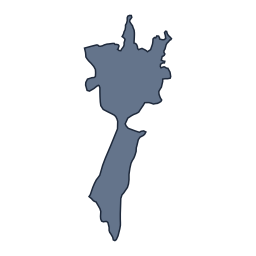 Kuching, Sarawak, Malaysia
{"feature_id": "92858781B71965080514918", "entity_name": "Kuching", "entity_type": "district", "adm_level": 2, "iso_a3": "MYS", "parent_name": "Malaysia", "parent_adm1": "Sarawak", "projection": "equal_earth", "projection_center": [110.334, 1.429], "detail": "fine", "context": "isolated", "style": "filled", "palette": "slate", "viewbox_px": 256, "rotation_deg": 0, "n_neighbors": 0, "source": "geoboundaries", "source_scale": "gbopen_adm2", "svg_char_len": 2968}
<svg xmlns="http://www.w3.org/2000/svg" viewBox="0 0 256 256"><path d="M85.6,85.1L86.7,89.0L87.1,90.4L89.5,91.1L93.8,88.6L96.8,86.2L98.3,85.3L99.1,85.7L99.9,87.8L99.9,91.9L100.0,96.5L100.3,102.0L100.8,105.7L103.2,109.4L107.4,111.6L112.0,113.9L114.2,115.1L115.7,116.5L116.9,118.8L117.7,121.4L117.5,128.9L110.6,145.9L105.4,158.1L102.7,165.2L99.8,175.2L98.3,177.3L96.3,179.9L94.5,183.4L92.8,187.4L90.3,194.7L89.0,196.6L91.6,198.7L92.4,199.7L93.5,200.8L94.8,201.5L96.1,202.0L96.9,203.4L97.9,205.1L99.9,208.6L100.8,211.4L100.5,216.4L100.7,218.9L101.6,221.1L103.4,221.8L105.1,221.5L106.6,221.5L107.9,222.5L109.1,227.4L109.1,230.4L109.7,232.3L111.0,234.2L112.7,237.2L113.3,239.9L114.9,240.6L116.0,239.8L116.3,239.6L118.0,235.9L118.8,232.8L119.8,228.8L120.4,225.3L120.4,222.2L120.3,219.2L120.3,213.8L120.8,198.5L122.0,194.8L123.7,192.9L125.2,190.7L126.3,189.1L127.4,187.5L128.5,184.0L129.0,179.7L129.0,174.3L129.9,168.2L131.0,163.3L132.3,160.5L133.8,158.1L134.8,155.7L136.1,151.5L136.3,147.7L136.9,145.6L138.3,139.7L140.0,137.2L143.2,135.5L144.6,134.3L145.9,132.0L143.7,130.9L141.1,131.3L139.4,132.3L135.7,131.1L133.0,130.1L128.2,128.3L126.1,125.9L125.2,123.8L127.8,118.1L131.6,115.6L133.8,114.4L136.5,113.4L138.7,112.1L140.7,109.0L143.3,105.2L144.7,102.7L146.7,102.6L149.1,102.6L151.5,103.3L153.4,104.0L155.5,103.6L157.4,103.4L159.1,102.6L160.9,101.5L161.7,100.0L160.5,98.2L159.7,96.3L159.0,94.2L158.8,91.6L159.9,89.5L161.4,87.1L162.7,81.5L162.7,79.1L165.0,78.7L167.7,78.7L170.2,78.2L170.7,76.6L170.2,73.1L169.9,71.9L169.3,70.9L167.9,68.3L167.1,68.3L165.9,67.8L164.6,66.9L163.5,66.9L161.0,67.8L160.3,66.5L160.5,64.3L162.7,62.9L164.4,62.9L164.8,61.3L163.1,61.0L161.3,60.1L162.2,56.4L163.2,56.1L164.3,55.2L164.9,54.0L163.9,52.4L164.0,50.7L165.0,49.0L166.1,44.8L167.0,43.2L168.7,41.5L169.7,40.1L170.6,39.9L171.5,38.7L170.3,37.3L168.5,35.6L167.4,34.0L166.6,31.4L165.5,31.2L164.5,32.6L165.3,35.4L165.7,38.5L164.0,39.7L162.2,39.7L159.6,39.0L159.5,37.8L158.6,36.1L156.8,35.9L155.7,37.8L154.4,37.5L153.0,39.0L152.9,41.3L152.5,44.1L151.6,46.7L150.6,49.6L147.5,51.7L146.3,50.7L144.9,49.8L143.4,49.1L142.0,48.4L140.3,49.0L138.5,49.6L137.6,48.4L137.4,46.5L136.6,44.6L135.7,43.6L134.0,43.0L134.1,40.8L134.3,37.6L134.4,34.9L134.4,32.8L134.1,30.2L133.0,27.5L132.5,25.8L131.0,23.7L129.7,21.6L129.9,19.9L130.8,18.8L131.8,17.4L131.3,15.5L129.6,15.4L127.8,16.2L127.2,17.8L127.2,20.8L126.5,23.4L125.5,25.1L125.5,27.2L125.1,29.8L124.1,31.7L123.5,34.0L122.1,36.6L123.5,37.5L125.0,39.2L124.7,40.8L124.1,42.5L124.1,44.8L123.7,46.2L122.8,47.6L121.7,49.0L120.8,50.7L119.0,50.5L117.6,49.3L118.0,49.0L119.0,46.0L118.4,44.9L116.8,44.4L115.0,44.4L114.2,43.4L112.9,43.4L111.3,43.6L109.2,43.9L107.0,44.1L104.3,44.9L102.5,45.8L100.4,46.3L99.0,46.2L98.1,45.3L97.0,44.9L95.9,45.1L91.5,46.2L84.5,48.1L85.5,52.4L85.7,54.3L85.9,57.0L87.1,58.9L88.6,60.8L91.2,63.4L93.8,66.5L95.4,69.5L95.6,72.8L95.4,76.5L94.2,77.5L91.9,77.7L87.5,79.1L85.8,82.4L85.6,85.1Z" fill="#64748b" stroke="#1e293b" stroke-width="1.5"/></svg>